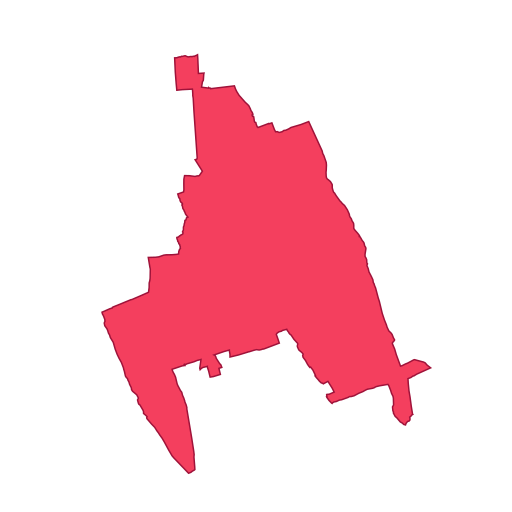 Pogana, Vaslui, Romania (Mercator projection), rotated 173°
{"feature_id": "2599482B64640023243271", "entity_name": "Pogana", "entity_type": "district", "adm_level": 2, "iso_a3": "ROU", "parent_name": "Romania", "parent_adm1": "Vaslui", "projection": "mercator", "projection_center": [27.562, 46.333], "detail": "fine", "context": "isolated", "style": "filled", "palette": "rose", "viewbox_px": 512, "rotation_deg": 173, "n_neighbors": 0, "source": "geoboundaries", "source_scale": "gbopen_adm2", "svg_char_len": 6089}
<svg xmlns="http://www.w3.org/2000/svg" viewBox="0 0 512 512"><g transform="rotate(173 256 256)"><path d="M314.4,430.2L308.8,430.1L298.8,429.4L298.8,427.9L299.0,424.5L299.2,423.1L299.1,420.3L300.0,406.4L302.4,360.8L302.5,360.3L302.9,359.4L303.3,359.2L304.7,359.0L298.9,346.7L302.4,342.8L303.4,342.5L304.5,342.7L306.8,342.4L312.3,343.8L317.1,344.5L318.2,341.1L318.8,336.8L319.3,332.2L319.5,330.4L320.1,328.4L326.1,327.1L325.7,324.9L325.7,324.2L325.3,322.9L324.7,322.4L324.6,320.2L324.1,318.7L323.4,318.2L322.7,316.9L323.1,316.5L322.8,316.0L323.3,315.4L322.9,314.1L322.8,312.0L322.0,310.5L321.7,309.1L321.2,308.0L320.9,306.4L320.0,304.7L318.8,302.9L320.3,302.4L321.1,300.4L322.2,300.0L322.7,297.8L323.3,296.6L323.7,295.0L324.5,293.6L324.9,290.6L325.9,289.2L326.0,288.9L325.6,288.4L325.9,286.9L327.1,286.2L327.9,286.1L328.5,285.5L329.2,285.4L330.9,284.2L332.1,284.2L332.4,283.9L332.3,282.5L331.9,281.3L331.9,280.2L331.2,278.9L331.1,277.6L330.4,276.7L330.2,275.1L330.0,274.7L330.2,273.7L330.1,272.7L331.2,271.8L331.5,270.8L332.0,270.3L332.6,267.4L335.0,267.3L339.4,267.5L345.1,268.1L347.4,268.1L352.6,267.0L355.9,267.0L363.1,267.7L362.7,258.0L362.5,255.9L363.8,246.8L364.4,244.5L365.3,242.3L365.9,237.8L367.1,233.1L384.5,227.9L385.4,227.9L404.1,222.8L404.8,222.5L405.0,221.9L407.4,221.5L415.7,219.0L415.5,217.2L414.7,215.2L413.8,211.5L413.9,209.4L414.5,208.7L414.8,207.8L414.6,205.2L412.9,202.1L412.3,200.2L411.8,197.3L411.0,195.6L410.5,192.8L408.2,187.7L407.1,180.7L405.8,175.4L404.4,171.2L402.6,166.8L401.2,161.2L401.1,159.8L400.7,157.6L400.2,152.7L399.5,151.2L398.5,150.0L398.3,148.6L397.4,146.2L397.1,144.1L395.8,140.4L395.8,138.5L395.0,136.8L391.3,132.8L390.1,129.6L390.1,129.1L391.1,127.7L391.1,127.2L390.7,124.3L390.3,123.1L389.3,122.2L386.9,116.6L386.6,115.2L386.8,113.4L384.9,111.4L383.7,109.8L384.2,108.9L384.1,107.9L380.2,102.0L377.4,98.3L375.7,94.6L374.3,92.2L373.4,90.2L371.4,86.6L369.7,82.7L366.3,74.0L363.6,67.8L362.0,65.4L349.4,48.6L347.0,49.2L345.4,50.2L343.2,51.1L342.7,51.5L342.5,54.3L342.1,64.0L341.6,66.5L341.6,70.0L342.0,83.1L343.3,112.7L343.1,114.0L343.5,116.8L344.4,119.9L344.4,120.7L345.0,123.8L345.9,126.7L346.3,129.8L347.4,131.7L349.5,137.3L349.9,139.0L350.6,145.5L351.5,148.6L352.2,150.2L352.8,152.0L353.1,153.8L342.8,155.9L340.3,156.0L340.6,157.0L340.3,157.3L339.9,157.2L339.6,156.3L339.2,156.8L337.7,157.4L330.4,158.6L327.2,159.5L323.2,160.0L325.5,151.5L325.3,150.0L324.2,150.9L322.5,151.8L317.8,152.4L317.9,152.0L317.0,147.4L316.3,141.4L313.1,141.5L305.8,142.8L306.5,149.0L303.5,149.6L304.2,152.4L305.2,153.6L306.4,156.1L307.9,159.2L308.2,160.9L308.5,161.7L308.8,162.3L309.7,162.9L299.3,165.1L293.9,165.9L294.0,164.8L293.8,161.8L294.1,158.9L285.6,159.9L275.9,161.6L275.4,161.9L274.9,161.7L269.5,162.7L267.0,163.0L264.3,162.3L262.1,162.5L260.3,162.9L259.8,162.7L243.5,166.7L244.5,171.7L245.4,175.7L244.8,176.6L242.6,177.9L239.8,178.3L238.8,178.9L234.4,179.5L234.1,178.4L232.8,176.2L232.7,175.6L231.8,174.2L230.8,173.3L228.5,168.7L225.3,164.2L225.3,163.5L226.0,161.6L225.9,160.6L225.1,158.0L224.7,157.2L222.4,154.8L221.4,153.4L221.2,152.7L221.8,151.6L221.6,149.7L219.6,146.2L218.0,142.1L217.1,140.4L216.1,138.8L215.3,139.1L213.4,135.8L211.5,130.1L212.0,129.8L210.8,127.8L209.2,125.5L208.3,124.0L206.7,122.1L205.2,121.5L204.8,120.9L199.9,122.8L196.5,115.6L195.0,111.4L200.2,109.9L202.6,110.0L202.8,109.8L202.7,107.4L203.0,107.5L202.9,107.0L201.1,103.7L198.9,100.8L198.4,100.4L198.0,100.9L196.5,101.6L193.9,101.8L190.9,102.8L188.5,102.9L181.9,104.4L180.2,105.1L178.8,104.9L175.7,105.3L170.8,107.2L166.4,108.4L163.8,109.5L161.7,110.2L156.3,110.5L154.2,111.0L153.7,111.4L152.6,111.7L149.2,112.1L140.7,112.5L139.9,110.8L138.7,106.0L138.2,103.1L137.1,100.0L137.0,98.0L137.6,91.4L138.9,89.6L139.0,85.6L138.5,84.4L138.8,83.5L137.4,79.8L136.0,78.3L133.0,73.7L131.1,72.3L129.9,70.8L128.2,70.1L127.6,71.4L126.3,72.8L125.4,73.4L124.2,73.5L123.2,74.5L123.0,75.8L123.1,77.4L122.0,77.9L121.0,79.0L119.7,79.7L119.9,79.9L120.2,87.9L120.3,97.3L120.6,103.5L120.4,111.1L120.1,115.8L117.1,116.5L114.7,117.8L114.0,117.7L111.0,119.1L96.3,123.7L99.5,126.9L101.1,129.3L102.6,130.3L111.3,133.8L112.1,133.7L118.6,131.2L120.9,130.6L124.5,129.3L126.0,129.1L128.8,141.1L129.7,146.7L131.3,152.3L131.2,153.1L131.0,153.4L129.0,155.2L128.8,155.5L128.7,156.0L129.5,157.8L130.5,161.6L131.4,163.2L133.3,165.5L134.6,169.5L135.0,171.9L136.3,176.7L137.7,183.7L139.1,195.9L139.8,199.5L141.2,209.7L141.9,212.1L142.3,214.4L142.8,215.2L142.9,218.2L144.0,221.6L145.8,226.4L146.2,229.9L147.0,232.8L146.9,233.7L146.3,234.6L146.8,235.6L146.8,236.3L146.6,238.7L147.1,240.7L147.8,242.2L147.6,244.3L146.0,249.9L146.1,251.2L146.9,252.8L147.2,255.7L147.6,256.7L148.8,258.6L149.5,260.4L150.4,262.4L151.1,262.7L150.8,263.6L152.2,266.0L154.6,269.5L155.6,271.4L155.2,274.6L155.2,276.6L156.6,279.7L156.7,280.8L157.2,282.0L157.9,283.2L158.3,284.7L158.3,286.1L159.7,290.7L162.0,295.4L163.9,297.5L165.1,299.4L165.9,300.3L169.1,306.1L170.4,309.0L171.1,309.6L171.6,311.5L172.0,314.3L171.7,316.9L171.7,317.8L173.1,320.9L173.8,321.6L174.9,322.9L175.8,323.6L176.5,325.0L176.6,326.8L176.3,330.6L175.8,332.7L175.0,337.6L174.9,340.3L176.4,347.3L177.3,349.7L177.5,352.1L187.3,383.0L195.4,381.0L205.6,379.3L208.0,378.2L211.1,377.2L213.1,377.2L214.8,376.2L217.5,375.8L218.3,375.9L219.5,376.8L221.4,376.9L222.3,379.2L224.0,386.2L227.0,385.6L227.2,386.0L238.3,383.3L238.5,383.8L239.1,384.1L239.5,386.0L239.7,386.5L239.9,388.5L241.0,389.1L241.2,389.9L241.3,394.5L241.7,395.1L242.1,394.9L242.4,395.0L242.7,396.4L242.4,397.0L241.8,397.1L242.1,398.5L242.4,399.3L243.3,401.0L243.7,402.9L244.9,406.2L248.2,410.2L253.2,417.5L255.1,421.6L256.0,424.3L256.7,427.5L280.6,427.6L280.7,428.1L282.1,428.5L282.4,428.9L282.6,428.4L289.5,430.2L287.9,435.5L287.0,436.6L286.8,437.1L285.7,442.8L285.3,443.9L290.9,444.2L289.7,459.2L289.5,462.9L291.3,462.2L291.9,462.2L292.9,461.6L293.7,461.9L295.0,461.7L297.0,462.0L298.4,461.8L299.9,462.2L301.7,463.3L302.0,463.4L305.0,463.1L305.7,463.3L306.6,462.8L308.1,463.0L308.9,462.7L309.6,462.7L310.2,462.4L312.6,462.6L313.7,448.3L314.2,437.1L314.4,430.2Z" fill="#f43f5e" stroke="#9f1239" stroke-width="1.5"/></g></svg>